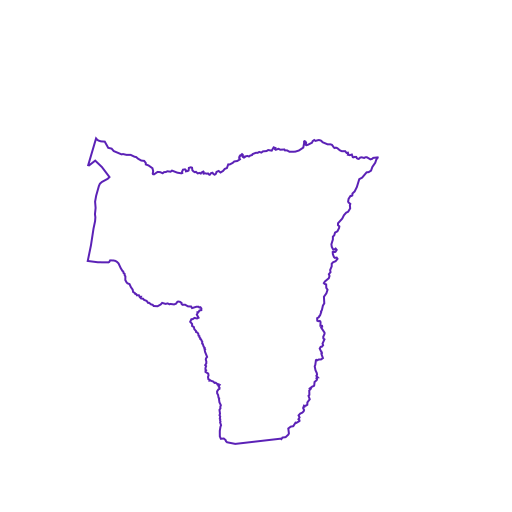 Cuamba, Niassa, Mozambique (Albers equal-area conic projection), rotated 334°
{"feature_id": "85939544B95923837460414", "entity_name": "Cuamba", "entity_type": "district", "adm_level": 2, "iso_a3": "MOZ", "parent_name": "Mozambique", "parent_adm1": "Niassa", "projection": "albers", "projection_center": [36.593, -14.749], "detail": "fine", "context": "isolated", "style": "outline", "palette": "violet", "viewbox_px": 512, "rotation_deg": 334, "n_neighbors": 0, "source": "geoboundaries", "source_scale": "gbopen_adm2", "svg_char_len": 6157}
<svg xmlns="http://www.w3.org/2000/svg" viewBox="0 0 512 512"><g transform="rotate(334 256 256)"><path d="M409.4,221.0L404.4,219.2L402.9,219.6L401.2,219.3L398.9,215.8L397.5,215.2L396.2,215.3L394.2,213.6L392.8,213.2L390.9,213.8L390.0,213.1L389.5,212.3L389.5,210.9L388.2,210.2L386.9,210.1L386.3,209.6L386.6,206.8L384.5,206.5L383.0,205.3L383.7,204.6L383.9,203.4L382.6,203.1L382.1,200.9L378.9,199.3L377.6,197.6L376.4,194.8L375.3,193.6L374.1,193.5L373.6,192.8L373.0,189.4L371.9,188.3L369.3,187.0L365.7,182.9L365.2,181.1L364.0,179.8L363.0,179.2L359.9,178.6L359.2,177.3L357.3,177.6L356.0,178.7L351.6,178.8L349.8,178.5L349.4,177.8L350.7,176.2L350.6,174.8L349.9,174.0L349.4,174.2L348.7,175.7L346.0,179.3L340.8,180.0L336.9,179.4L331.8,177.0L330.2,174.7L328.3,173.8L328.2,172.7L324.4,171.1L323.2,169.5L320.3,169.2L319.9,168.4L320.8,167.5L319.5,166.1L316.3,168.2L313.4,166.1L311.5,166.3L308.1,165.0L306.2,165.4L304.5,163.9L302.7,164.0L301.2,163.2L297.6,162.9L296.8,163.5L294.6,163.2L293.3,163.5L292.1,162.3L289.5,161.7L289.3,162.2L288.3,162.3L287.6,161.2L288.5,159.2L288.1,158.3L287.5,158.5L287.3,159.3L286.3,159.3L285.9,158.7L284.7,159.3L284.3,160.3L283.8,160.5L284.0,162.0L283.5,162.1L280.8,162.4L277.9,161.5L275.9,162.1L272.5,162.2L271.2,161.5L268.4,164.2L266.1,164.0L263.7,165.1L260.7,165.4L259.7,163.2L257.4,163.1L256.0,164.5L254.5,164.8L253.7,163.7L253.4,162.1L252.0,161.8L250.0,162.7L249.3,161.9L249.1,160.8L247.6,160.3L246.6,159.4L245.0,159.0L245.0,158.3L245.8,157.4L245.7,157.0L243.5,157.1L242.5,157.7L241.5,156.5L239.8,156.2L238.9,154.0L237.8,153.9L236.9,152.6L236.4,151.1L237.2,148.6L236.3,147.7L234.3,147.4L232.9,149.6L231.8,149.7L230.2,149.2L230.6,148.3L230.2,147.0L228.2,146.4L226.5,147.8L226.1,149.1L225.2,149.0L221.8,146.6L217.9,142.4L216.2,142.8L213.5,141.0L211.8,141.0L210.1,140.3L208.4,140.7L206.6,138.6L204.4,137.3L200.1,137.9L199.3,137.3L199.3,136.7L200.8,134.6L201.4,131.7L199.1,127.5L197.1,125.4L197.7,124.0L197.2,121.5L194.7,119.9L192.6,116.8L191.7,114.6L190.3,113.5L187.7,110.2L183.9,108.3L181.2,106.1L179.7,105.7L174.1,99.3L173.3,96.2L170.6,94.0L170.2,86.9L166.9,85.0L165.2,83.4L164.3,82.1L163.8,80.2L145.0,100.8L145.7,101.4L153.3,99.8L156.5,108.5L158.9,120.8L156.6,121.6L149.9,121.9L147.4,122.6L145.5,124.2L138.8,131.7L135.2,136.6L132.9,142.5L129.6,147.8L128.6,150.8L126.6,154.2L122.0,160.1L112.3,174.1L102.6,186.7L111.1,192.3L120.5,197.0L121.5,197.0L123.0,196.0L126.0,197.6L127.5,198.8L128.5,200.4L129.2,202.4L129.1,207.5L129.4,210.9L129.9,211.7L129.5,213.3L130.1,214.4L129.5,215.9L129.7,217.0L128.0,220.3L128.1,222.9L128.5,224.2L130.0,225.8L129.9,229.1L130.4,232.1L129.8,234.5L130.9,236.2L130.8,237.1L131.7,237.8L131.7,239.1L133.5,239.9L133.5,241.7L134.6,242.2L133.8,242.8L134.1,243.8L135.8,244.9L136.1,246.3L138.0,248.4L138.5,250.9L139.4,251.2L140.5,253.6L141.7,254.5L142.1,256.1L145.5,258.0L149.1,257.8L151.1,257.0L153.7,259.4L155.8,259.9L157.1,261.5L158.1,261.6L161.1,263.6L163.2,263.8L165.3,262.7L166.1,262.8L167.6,263.9L168.5,265.5L168.1,266.3L168.5,267.6L170.9,268.7L172.8,271.5L175.5,272.9L175.7,274.8L180.3,275.5L182.1,276.4L182.5,277.5L183.6,277.7L183.9,279.2L183.1,280.7L181.3,280.2L179.9,281.1L178.7,280.9L178.6,281.7L177.1,282.7L177.3,286.3L175.6,286.3L173.6,284.7L171.3,285.0L170.2,284.5L168.0,286.3L168.8,289.0L167.9,290.9L169.0,292.6L168.5,294.8L169.2,297.2L168.8,298.0L169.8,299.2L170.0,300.8L169.4,302.3L170.0,303.2L169.5,304.3L169.9,305.4L169.5,306.1L170.1,307.0L169.9,308.2L170.2,309.3L169.2,311.1L169.6,311.7L169.2,314.5L169.6,316.1L169.1,316.4L169.3,317.5L168.8,317.6L168.2,319.8L167.8,325.3L166.2,326.1L165.5,327.0L165.1,329.1L164.2,330.8L162.5,331.8L162.9,333.1L161.4,334.6L160.8,336.0L161.1,336.8L160.2,337.2L159.8,338.1L161.5,340.7L161.0,342.5L159.8,343.7L159.2,345.9L160.0,346.9L159.6,347.6L160.2,347.7L162.6,350.2L163.1,351.9L164.2,352.2L165.0,353.9L165.9,354.7L165.2,355.1L165.5,355.7L166.5,356.1L165.2,357.0L165.5,358.4L164.9,359.4L163.8,359.4L161.7,360.6L160.9,362.4L161.0,364.3L160.2,367.0L160.5,367.8L160.0,368.4L159.0,371.5L159.0,374.7L157.7,376.0L157.3,377.3L155.7,378.3L154.5,382.0L153.4,383.1L153.5,384.5L152.1,386.4L152.3,387.1L151.6,388.1L151.5,389.2L150.8,389.8L150.4,392.8L149.2,393.9L146.8,397.3L144.4,402.3L144.3,404.9L147.0,405.9L148.0,408.2L147.8,409.3L148.3,410.7L155.0,415.8L198.1,431.0L198.5,431.7L200.2,430.8L203.2,431.8L206.8,430.7L207.8,429.9L209.4,425.2L212.4,424.6L214.9,425.3L218.5,423.1L219.1,423.7L222.7,423.4L223.1,422.7L222.6,421.3L224.4,420.2L224.4,417.9L226.7,417.0L228.9,417.1L230.7,416.5L231.7,415.5L231.7,413.3L233.4,411.7L233.8,412.6L234.6,412.1L235.4,412.4L236.9,412.2L238.0,410.1L241.5,408.3L241.9,404.7L243.1,404.2L244.9,400.2L246.9,399.4L246.4,398.6L249.4,398.0L251.0,398.2L251.7,397.7L253.4,394.9L256.1,394.2L256.9,393.4L256.7,392.4L257.4,391.9L258.3,392.2L257.7,390.2L258.8,389.5L259.3,388.0L259.4,384.7L260.4,380.9L261.6,379.8L264.2,375.9L264.7,375.8L265.3,376.6L266.9,376.5L269.2,377.5L271.4,377.1L271.8,373.1L272.6,372.3L272.3,371.8L272.8,371.5L272.9,370.4L272.6,369.9L272.7,367.1L274.3,366.0L275.4,366.4L277.2,365.6L277.4,363.9L281.0,360.9L280.4,359.7L281.0,358.1L283.5,356.0L284.0,354.9L283.2,349.0L284.5,348.6L284.7,347.7L283.3,346.9L285.0,343.8L285.1,342.9L284.8,342.3L283.4,341.9L282.7,341.0L283.7,338.7L285.6,338.6L286.4,337.8L287.4,337.6L290.1,334.9L290.1,334.4L291.6,333.4L294.4,329.9L296.6,328.5L299.2,322.4L302.9,320.4L305.5,317.7L305.2,315.4L306.6,312.3L305.4,311.1L305.1,310.1L306.8,309.1L311.7,307.9L313.3,306.2L313.5,304.3L315.9,303.2L316.5,301.1L319.5,298.5L320.7,296.1L322.6,295.4L325.2,295.6L328.0,294.3L327.8,292.8L326.0,292.2L325.6,291.0L325.9,288.0L326.7,286.0L327.3,285.9L328.3,286.9L329.2,287.1L331.2,285.9L330.8,284.2L329.4,284.5L328.2,283.8L328.1,281.0L328.9,278.5L332.3,274.9L333.6,272.3L335.4,271.7L337.3,269.6L340.0,269.5L342.9,267.3L343.9,265.9L343.2,264.2L344.1,262.5L349.9,260.2L352.9,257.9L356.0,256.6L358.2,256.6L361.5,254.5L362.6,251.6L363.6,250.5L362.6,248.4L362.7,247.4L364.3,245.2L367.3,243.4L368.1,243.9L369.1,243.8L370.1,242.1L373.0,241.2L376.9,238.2L382.5,232.2L385.7,232.1L392.1,229.3L394.0,230.0L396.8,229.7L399.7,226.9L404.0,224.5L406.4,222.1L408.3,220.9L409.4,221.0Z" fill="none" stroke="#5b21b6" stroke-width="2"/></g></svg>